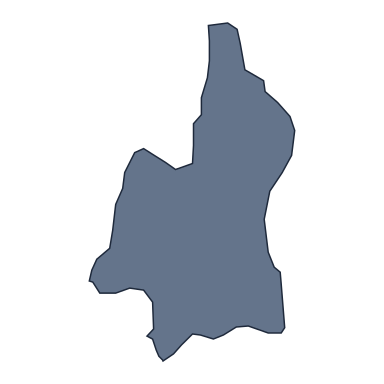 the district of Munkedal, Västra Götaland, Sweden
{"feature_id": "70781695B34337656625588", "entity_name": "Munkedal", "entity_type": "district", "adm_level": 2, "iso_a3": "SWE", "parent_name": "Sweden", "parent_adm1": "Västra Götaland", "projection": "mercator", "projection_center": [11.711, 58.612], "detail": "fine", "context": "isolated", "style": "filled", "palette": "slate", "viewbox_px": 384, "rotation_deg": 0, "n_neighbors": 0, "source": "geoboundaries", "source_scale": "gbopen_adm2", "svg_char_len": 907}
<svg xmlns="http://www.w3.org/2000/svg" viewBox="0 0 384 384"><path d="M284.7,327.7L281.2,284.1L280.2,272.2L274.2,267.2L268.2,252.2L264.2,219.3L269.8,191.2L282.2,172.6L291.6,155.4L294.7,130.5L290.0,116.5L277.6,102.5L265.1,91.6L263.6,80.7L262.1,79.8L244.9,69.8L240.2,43.3L237.1,29.3L227.7,23.0L208.4,25.5L209.4,40.9L209.4,60.9L207.4,77.8L201.4,97.7L201.4,114.7L193.5,123.7L193.5,145.6L192.5,163.5L175.5,169.5L165.6,162.5L154.6,155.6L143.6,148.6L134.7,152.6L124.7,172.5L122.7,188.4L115.7,204.4L112.7,230.3L109.7,248.3L96.8,259.2L91.8,270.2L89.3,281.0L92.8,282.1L99.8,293.1L105.7,293.1L115.7,293.1L129.7,288.1L143.6,290.1L152.6,302.1L153.6,329.0L147.0,336.1L152.6,339.1L156.2,350.0L158.9,356.3L162.5,359.9L163.0,361.0L173.5,353.9L181.5,344.9L192.5,334.0L200.4,335.0L213.4,339.0L223.4,335.0L236.3,327.0L248.3,326.0L268.2,333.0L281.2,333.0L284.7,327.7Z" fill="#64748b" stroke="#1e293b" stroke-width="1.5"/></svg>